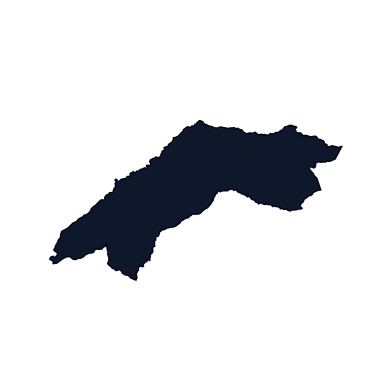 Nova Maringá, Mato Grosso, Brazil, rotated 251°
{"feature_id": "56859067B91548719297399", "entity_name": "Nova Maringá", "entity_type": "district", "adm_level": 2, "iso_a3": "BRA", "parent_name": "Brazil", "parent_adm1": "Mato Grosso", "projection": "robinson", "projection_center": [-57.25, -12.757], "detail": "fine", "context": "isolated", "style": "filled", "palette": "ink", "viewbox_px": 384, "rotation_deg": 251, "n_neighbors": 0, "source": "geoboundaries", "source_scale": "gbopen_adm2", "svg_char_len": 6090}
<svg xmlns="http://www.w3.org/2000/svg" viewBox="0 0 384 384"><g transform="rotate(251 192 192)"><path d="M159.0,251.2L159.4,252.4L159.1,253.3L159.4,254.1L159.1,254.7L158.0,254.7L157.8,255.5L156.9,256.1L156.3,257.4L156.8,258.7L155.9,259.1L155.5,260.0L155.1,260.1L154.7,262.0L153.5,263.0L152.5,263.3L153.0,263.7L153.0,264.2L152.4,264.0L150.5,267.5L150.4,268.4L148.9,269.4L148.6,270.1L147.4,270.2L147.5,270.7L146.7,272.3L145.6,273.2L145.4,274.7L144.7,275.9L143.0,277.2L142.1,278.8L142.2,279.8L142.8,280.4L141.8,282.1L142.0,283.3L141.5,283.8L141.1,286.5L141.5,287.0L140.4,289.5L141.2,290.0L141.1,290.6L143.2,289.4L144.7,290.5L145.4,291.2L146.3,293.5L148.9,296.0L149.1,297.8L150.4,301.0L150.1,303.0L150.3,304.0L150.8,305.2L152.1,306.3L152.2,306.8L152.6,311.5L152.1,314.4L164.2,314.5L168.1,312.7L169.7,312.8L173.6,311.0L175.4,310.6L176.2,310.6L177.2,311.0L177.5,310.8L177.7,311.2L176.5,313.5L175.3,314.8L175.1,316.0L177.1,317.7L179.1,317.9L179.3,318.6L179.1,319.8L179.7,321.2L178.8,322.3L177.7,324.8L178.1,326.4L177.1,327.0L176.9,327.7L177.2,329.4L176.2,332.4L176.6,338.0L186.2,348.3L186.5,346.8L186.0,345.7L186.6,344.8L186.5,344.2L186.7,343.8L187.2,343.9L190.0,339.8L190.1,338.4L189.8,336.9L190.9,335.2L192.2,334.3L192.7,334.9L193.3,334.7L193.9,333.2L194.4,333.0L196.0,333.3L197.7,332.7L198.7,331.5L199.0,330.5L199.6,330.7L199.9,330.3L200.5,329.0L200.4,328.5L202.9,328.0L204.2,327.2L204.8,326.2L205.4,322.5L207.2,319.5L207.5,319.6L208.3,318.3L208.9,316.6L208.7,315.8L209.5,315.2L209.5,314.6L210.5,314.9L211.8,313.9L212.6,313.9L212.7,312.8L214.3,309.8L216.2,310.1L218.3,309.5L218.7,309.9L218.7,311.8L219.1,312.0L220.0,311.5L221.2,309.2L222.5,308.0L222.7,306.8L223.3,306.1L222.8,304.7L223.2,304.4L223.0,301.8L223.4,301.2L222.8,300.0L221.1,297.8L221.3,297.2L221.0,296.1L221.2,295.6L220.5,295.1L220.7,294.7L220.1,294.3L220.5,293.3L220.0,292.0L220.8,291.1L221.0,290.4L220.3,288.4L220.5,287.1L221.1,286.6L220.8,285.8L221.7,285.0L220.9,284.5L221.2,284.0L220.8,283.0L221.8,280.5L222.8,279.3L222.9,277.7L223.4,277.4L223.8,276.7L224.4,273.7L225.5,272.5L227.8,271.3L227.8,268.4L229.1,265.5L229.3,262.4L230.3,261.7L230.7,261.0L232.8,259.7L233.7,259.7L234.5,259.2L235.5,257.4L236.9,256.5L237.4,255.5L237.2,254.9L238.5,253.1L239.2,252.7L239.4,251.9L239.2,251.2L240.1,249.1L240.1,247.5L240.5,246.5L244.2,240.0L244.2,236.7L245.2,234.4L246.8,232.4L247.4,232.1L248.3,230.4L250.3,227.8L250.8,227.9L251.6,226.4L252.4,226.1L253.1,225.3L254.3,224.6L254.9,225.1L255.4,224.2L256.2,223.6L256.9,222.6L257.0,221.9L256.4,221.2L256.1,219.6L254.6,217.9L255.0,216.8L254.2,216.4L253.8,215.0L253.8,214.4L254.5,213.5L253.5,212.4L254.1,210.4L255.0,209.3L254.9,208.0L253.7,204.2L252.4,203.6L251.7,201.8L249.2,197.0L248.9,193.7L249.3,192.6L249.2,191.9L247.8,191.7L245.6,189.3L244.7,185.7L243.0,184.0L243.1,180.6L242.9,180.0L241.8,180.2L240.8,179.9L240.1,176.9L238.9,176.4L237.7,174.9L236.4,174.5L235.9,173.8L235.5,172.8L235.6,170.5L236.8,169.4L236.1,167.4L236.3,165.7L235.8,163.1L234.9,162.2L233.8,161.9L231.8,162.5L231.3,162.2L230.9,160.4L231.9,158.0L231.5,157.4L229.0,157.5L228.4,157.0L229.0,155.7L230.1,155.5L230.2,154.9L229.9,152.6L230.0,149.9L229.0,149.0L229.7,146.3L228.4,144.8L228.8,143.9L230.4,143.1L229.7,141.7L229.8,139.8L228.9,139.2L227.6,139.1L227.0,138.4L227.7,135.8L226.2,133.5L226.9,130.6L226.9,128.8L225.7,126.4L226.0,125.3L228.1,124.8L228.6,124.5L228.9,123.9L228.1,123.1L227.3,123.5L226.9,124.1L226.5,124.1L225.2,122.2L222.1,121.6L220.1,118.9L217.5,117.3L217.4,116.7L218.1,113.8L216.9,112.2L216.9,109.9L215.3,107.8L213.5,107.2L213.0,106.8L213.0,106.2L214.0,104.0L213.9,102.7L210.6,96.0L210.3,94.2L209.6,93.1L209.2,91.6L207.2,90.1L205.3,86.7L204.9,84.4L205.2,82.4L204.1,81.0L203.7,77.7L203.1,75.4L201.7,73.5L201.3,69.2L198.3,63.0L197.1,56.1L195.6,54.7L191.6,52.7L190.4,50.3L188.0,48.4L185.9,45.8L184.1,44.6L182.3,42.6L181.3,42.7L179.7,44.0L177.7,44.9L176.5,44.5L174.9,41.7L174.7,40.5L176.3,40.0L176.5,37.8L175.8,36.5L174.6,35.7L172.1,37.9L170.8,38.0L169.6,37.4L169.4,37.9L168.8,41.2L171.1,48.3L171.5,52.2L170.9,55.1L169.8,56.3L169.1,56.4L167.1,57.8L166.1,60.0L166.2,61.8L166.7,62.9L165.8,64.7L165.7,65.9L166.3,68.7L167.2,70.1L167.6,73.3L167.7,75.3L167.2,76.6L167.0,78.8L167.8,80.2L169.0,81.3L169.4,82.3L168.1,85.5L167.5,88.1L168.7,90.0L169.1,92.7L170.3,94.0L162.9,92.9L162.3,93.1L161.6,92.9L160.6,91.9L159.3,92.2L156.6,91.9L154.7,91.3L152.7,90.1L152.4,89.3L151.8,89.0L149.8,89.7L148.5,90.8L145.9,91.8L144.8,93.3L142.6,94.5L142.2,96.0L142.5,98.0L139.7,99.8L137.9,99.7L135.2,102.1L134.4,103.8L133.2,105.2L131.8,105.5L129.8,106.9L129.4,107.8L128.1,108.7L127.6,110.0L127.0,110.3L129.0,112.0L131.7,112.5L132.9,112.3L133.9,113.9L134.8,114.4L135.5,115.9L136.7,115.9L137.5,116.8L138.6,117.2L138.9,117.9L138.1,120.4L137.4,120.9L137.5,121.6L138.0,122.2L138.9,122.0L140.1,122.6L140.2,123.6L140.8,124.5L141.2,126.9L142.6,127.2L142.7,127.9L141.6,129.3L141.1,129.4L141.2,129.9L142.7,130.2L143.9,131.2L145.7,131.8L146.7,132.8L147.6,134.8L149.1,135.9L150.7,135.9L151.1,136.3L152.5,136.5L152.9,139.0L153.5,139.4L155.0,139.3L156.5,140.3L158.0,140.6L158.5,142.1L159.9,142.4L161.3,143.4L161.5,144.4L161.2,145.5L161.8,146.3L165.0,148.6L165.2,150.0L165.8,150.7L165.6,154.7L166.2,155.9L165.4,161.8L164.9,163.0L165.3,164.2L165.1,165.4L166.8,170.7L167.6,171.4L168.3,172.8L168.4,174.5L168.9,175.3L169.2,178.3L168.9,180.2L169.5,181.3L170.4,181.6L170.0,183.3L171.1,185.2L171.0,185.9L169.9,187.4L169.9,188.9L169.1,190.5L169.2,192.8L171.0,196.5L171.7,198.7L171.9,200.7L172.8,202.9L173.7,203.9L174.5,205.9L175.6,206.7L177.2,209.2L179.7,210.6L180.3,211.7L182.5,213.8L183.0,215.8L183.9,216.0L184.5,216.7L184.6,217.3L183.1,218.8L183.3,222.0L182.8,222.3L182.5,223.5L183.0,223.7L181.8,225.1L181.7,226.0L183.0,226.6L182.6,227.0L182.1,226.9L182.0,229.9L181.3,231.7L180.2,231.9L179.8,232.7L180.0,234.2L179.5,234.6L179.0,234.6L176.6,235.8L174.8,238.8L174.4,238.9L174.2,238.5L173.9,239.2L173.0,239.7L172.5,240.9L171.1,241.7L171.0,242.3L170.0,242.7L169.6,242.5L169.4,242.8L169.5,244.2L168.7,244.8L168.9,245.5L166.4,245.7L164.8,247.1L163.9,248.5L161.9,248.9L161.2,249.6L161.1,250.4L159.0,251.2Z" fill="#0f172a" stroke="#020617" stroke-width="1.5"/></g></svg>